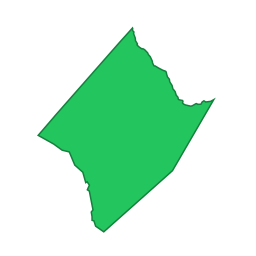 Anderson, South Carolina, United States of America (Albers equal-area conic projection), rotated 169°
{"feature_id": "52423323B54252786462612", "entity_name": "Anderson", "entity_type": "district", "adm_level": 2, "iso_a3": "USA", "parent_name": "United States of America", "parent_adm1": "South Carolina", "projection": "albers", "projection_center": [-82.736, 34.515], "detail": "fine", "context": "isolated", "style": "filled", "palette": "green", "viewbox_px": 256, "rotation_deg": 169, "n_neighbors": 0, "source": "geoboundaries", "source_scale": "gbopen_adm2", "svg_char_len": 1312}
<svg xmlns="http://www.w3.org/2000/svg" viewBox="0 0 256 256"><g transform="rotate(169 128 128)"><path d="M171.6,30.7L160.8,37.1L132.6,53.8L122.0,60.1L92.5,77.6L80.6,91.2L78.6,93.5L77.4,94.9L74.7,98.0L38.4,139.5L41.7,138.4L46.7,138.7L48.3,140.2L50.2,139.4L52.0,137.4L55.2,138.0L55.9,138.8L56.7,138.9L60.5,137.6L62.1,137.4L67.3,139.7L68.9,140.9L69.7,142.1L69.4,142.9L69.1,143.2L69.0,143.9L69.2,144.6L71.9,145.7L72.7,146.2L73.1,146.6L73.1,148.5L73.3,149.1L74.4,150.9L74.8,154.7L75.6,156.4L76.3,157.4L76.5,158.4L76.6,161.1L76.8,161.8L78.1,165.1L78.2,165.9L78.1,167.4L78.2,168.2L79.5,170.6L79.8,173.4L79.8,174.9L79.9,175.9L80.2,176.5L83.0,178.2L85.0,179.8L86.5,181.0L89.6,183.8L90.4,183.9L90.7,184.3L91.5,187.1L91.4,188.3L91.5,189.5L92.6,193.8L94.0,196.2L94.4,198.1L96.1,200.7L96.8,201.8L98.3,203.0L99.0,202.9L99.2,203.0L101.1,204.8L102.4,206.4L103.3,207.9L102.7,208.6L102.7,208.8L104.0,212.3L103.7,214.8L103.8,215.4L104.5,219.5L104.1,220.4L103.9,221.2L104.9,222.8L104.9,223.2L104.4,224.7L104.5,225.3L119.9,213.7L197.1,154.1L198.2,153.2L201.1,150.9L217.6,137.9L204.0,126.4L196.9,118.8L190.2,115.7L187.3,101.7L180.8,93.2L179.9,82.4L178.4,83.0L176.8,79.3L179.7,75.1L178.0,73.5L178.0,54.3L180.1,52.5L180.2,48.0L180.9,44.2L179.2,43.4L178.5,37.8L171.6,30.7Z" fill="#22c55e" stroke="#15803d" stroke-width="1.5"/></g></svg>